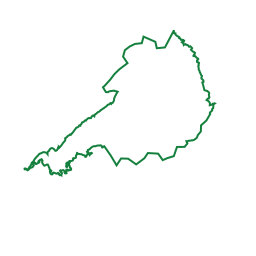 Xanx, Hövsgöl, Mongolia (orthographic projection), rotated 44°
{"feature_id": "93677404B14141451758610", "entity_name": "Xanx", "entity_type": "district", "adm_level": 2, "iso_a3": "MNG", "parent_name": "Mongolia", "parent_adm1": "Hövsgöl", "projection": "orthographic", "projection_center": [100.416, 51.084], "detail": "fine", "context": "isolated", "style": "outline", "palette": "green", "viewbox_px": 256, "rotation_deg": 44, "n_neighbors": 0, "source": "geoboundaries", "source_scale": "gbopen_adm2", "svg_char_len": 5766}
<svg xmlns="http://www.w3.org/2000/svg" viewBox="0 0 256 256"><g transform="rotate(44 128 128)"><path d="M105.1,214.6L105.6,214.1L105.7,213.6L105.7,213.2L105.4,212.4L105.2,212.4L105.3,212.0L105.9,211.5L108.2,210.6L108.7,210.1L108.6,209.8L108.9,208.8L109.6,208.7L110.1,208.8L110.5,209.2L111.5,209.4L111.8,209.3L112.3,208.4L112.9,208.3L112.7,208.1L112.3,208.2L112.2,206.7L111.8,206.3L112.2,206.0L111.6,206.2L111.7,206.4L111.4,206.5L110.5,206.4L108.8,205.9L108.8,205.3L110.0,204.6L110.3,203.7L110.6,203.3L111.3,203.1L112.3,203.2L113.2,204.1L114.2,204.3L114.8,204.0L115.1,203.2L114.2,203.0L113.8,202.0L112.7,200.9L113.7,199.8L113.9,199.8L113.4,200.4L113.5,200.6L114.2,200.5L114.7,200.1L115.3,198.6L115.9,198.2L116.0,197.5L115.5,196.9L114.9,196.6L114.5,196.9L113.7,196.8L112.6,195.9L111.8,195.9L110.6,194.8L110.3,194.0L110.0,194.5L109.8,195.4L109.9,196.4L110.7,197.2L111.0,198.6L112.2,198.5L110.8,198.8L110.3,198.7L109.8,198.1L109.0,196.8L108.3,196.5L108.2,196.2L108.3,194.9L109.1,193.8L109.1,193.2L108.8,192.4L109.7,191.7L110.4,190.7L110.8,190.0L110.7,189.1L110.3,188.7L109.9,188.5L110.0,188.1L109.7,187.6L110.5,187.1L111.1,185.5L110.8,185.0L109.9,184.4L109.7,183.8L109.4,182.4L108.7,181.4L108.9,181.3L110.0,181.7L110.5,180.7L111.5,180.2L112.9,179.1L114.0,178.9L115.4,178.2L116.0,177.7L116.5,177.8L117.1,178.4L117.7,178.1L117.5,176.6L116.9,174.9L118.2,173.9L119.2,174.1L118.9,173.3L119.4,172.3L119.5,171.2L119.0,171.2L118.2,172.7L117.6,173.1L116.8,173.4L116.0,173.0L115.9,173.6L115.3,173.7L115.0,173.6L115.0,172.6L114.4,171.5L115.2,170.2L115.0,169.6L115.2,169.0L115.1,167.9L115.6,165.7L116.4,164.4L117.1,164.0L117.7,162.7L118.8,161.1L119.9,160.2L120.2,159.6L121.0,159.2L122.6,159.8L123.1,159.9L123.3,159.5L123.1,158.5L123.6,157.6L135.1,159.9L145.7,162.8L144.2,154.7L149.4,150.0L159.2,148.5L160.8,138.4L159.7,132.2L167.5,125.5L175.3,127.0L177.2,122.4L180.5,116.4L176.4,107.6L181.8,102.3L181.5,97.9L179.2,96.9L180.3,95.7L180.7,94.7L181.2,94.4L182.3,92.7L182.7,92.5L183.8,90.6L184.3,87.4L183.9,86.2L183.2,84.8L182.8,79.9L178.7,75.3L179.2,68.2L177.4,60.8L176.9,60.7L176.5,60.5L176.2,59.7L176.4,57.1L176.3,56.8L175.4,56.0L175.4,54.9L175.5,54.6L173.2,51.8L173.2,50.9L173.4,50.0L173.1,50.1L172.8,50.9L172.1,51.6L172.1,52.7L171.9,53.3L171.0,54.8L169.7,53.3L168.9,52.9L167.1,52.8L165.1,53.3L165.0,51.4L165.6,50.7L165.2,50.0L165.2,49.4L163.2,48.1L162.5,46.8L162.0,46.4L161.4,46.2L159.4,46.3L156.7,47.7L153.0,45.4L149.8,43.6L150.3,42.4L149.2,41.4L146.5,41.4L145.8,40.8L145.3,39.5L145.1,39.2L143.7,39.1L141.6,38.1L141.2,38.2L139.7,37.2L138.4,36.9L136.5,35.2L136.0,35.1L135.3,34.1L135.3,33.7L134.6,33.3L134.1,32.1L134.0,31.9L133.4,31.8L133.1,32.1L132.5,32.1L132.2,32.5L131.8,32.5L131.2,32.0L130.7,31.4L130.8,30.8L130.6,30.5L130.8,30.5L130.7,29.6L130.4,29.4L128.3,29.8L126.9,29.6L126.2,29.7L125.7,30.5L125.0,30.7L124.5,29.6L124.6,28.8L124.4,28.0L123.9,27.4L122.7,27.5L122.0,27.9L119.3,28.0L118.8,27.9L118.9,27.0L118.7,26.0L116.1,25.9L115.8,26.8L115.3,27.2L114.4,26.9L113.4,26.9L112.4,27.4L112.1,27.8L111.1,27.7L110.4,29.1L110.4,29.5L108.9,28.6L107.2,28.9L107.4,26.7L107.9,26.6L107.7,26.2L106.5,26.3L104.9,27.8L103.5,27.3L102.7,27.8L102.2,27.8L101.9,27.1L101.4,27.1L100.5,27.3L99.9,27.7L98.8,27.6L97.6,27.9L96.8,27.5L96.4,27.0L95.1,27.9L94.3,27.4L94.2,26.8L93.6,26.6L93.4,26.0L93.2,25.8L98.6,44.4L93.3,50.6L87.8,47.0L75.7,51.5L79.0,57.4L74.6,62.7L72.6,68.2L71.7,74.2L74.9,80.1L82.6,81.7L81.0,91.9L80.8,98.7L81.6,105.4L81.9,113.7L81.7,116.1L87.1,117.5L88.5,116.4L88.8,115.9L89.0,114.9L89.2,114.4L91.9,110.9L93.2,110.4L94.1,109.6L94.4,109.6L95.4,109.1L95.5,109.9L96.7,114.3L97.4,116.1L99.0,118.4L99.5,120.4L99.1,121.3L99.2,122.2L98.4,122.0L98.1,122.2L98.0,122.5L98.1,123.4L98.0,124.1L97.3,125.4L97.4,127.3L96.8,130.2L96.9,130.8L96.5,131.6L96.2,133.6L95.9,134.3L96.1,134.9L95.9,136.3L95.5,136.9L95.4,137.8L95.2,138.5L95.3,139.7L94.9,140.7L94.9,141.6L95.7,143.0L94.2,143.2L94.0,143.5L93.9,145.0L94.4,146.2L94.5,146.6L94.2,146.9L93.6,147.4L93.4,147.8L92.6,148.4L92.4,150.9L92.6,151.9L91.9,152.2L91.9,152.9L91.8,153.7L91.9,154.4L91.6,154.8L91.5,155.3L91.1,155.9L91.7,157.3L91.6,158.5L92.1,159.4L91.4,159.7L91.1,160.0L91.5,161.3L91.2,162.7L90.8,163.3L90.6,164.2L90.8,164.8L90.9,166.3L91.1,167.0L91.4,169.5L91.5,170.7L91.5,171.2L91.3,171.3L91.4,172.0L91.6,172.7L90.8,173.0L90.8,173.9L90.2,175.7L90.2,176.5L90.4,177.1L90.2,177.5L90.2,178.3L89.9,178.9L90.2,179.4L91.0,179.9L91.5,180.8L91.6,181.8L91.5,182.5L91.7,183.2L91.6,184.2L91.9,185.1L92.3,188.0L92.2,188.9L92.2,189.8L91.9,189.6L92.1,189.6L92.0,189.3L91.5,189.2L91.1,189.8L91.3,190.7L91.9,191.8L92.3,193.2L92.0,194.4L91.6,194.9L89.8,194.6L88.1,194.8L87.5,195.1L86.8,195.8L86.5,197.5L86.7,198.5L87.1,199.0L87.1,199.3L86.8,200.6L87.2,201.6L88.3,202.7L86.7,202.5L85.8,202.8L84.2,203.8L83.5,204.9L83.2,206.3L82.5,207.2L82.5,208.0L82.1,208.9L82.4,210.1L82.3,211.5L82.4,213.8L82.4,214.7L82.7,216.2L84.0,218.6L83.8,218.7L83.7,218.3L83.4,218.1L83.0,218.2L83.0,220.1L84.0,221.8L83.9,222.5L84.3,223.7L84.1,224.5L84.4,225.1L84.8,226.8L84.6,227.6L83.6,228.0L82.4,228.3L82.0,228.7L81.8,229.0L82.1,229.5L81.8,230.2L82.2,229.6L82.1,228.9L82.2,228.6L83.7,228.6L83.9,228.4L85.2,228.1L85.5,226.5L85.4,225.2L85.1,224.3L85.3,224.1L86.0,223.7L86.3,223.2L86.5,221.6L86.2,220.3L86.0,220.2L84.5,220.2L84.6,219.7L84.3,219.0L84.7,218.5L84.8,217.8L85.0,217.6L85.5,217.5L86.3,218.0L86.8,217.9L87.2,217.4L87.6,215.5L88.0,214.8L88.0,214.3L87.5,213.9L86.9,214.4L86.6,213.7L87.2,212.8L86.8,212.3L86.9,211.8L87.2,211.3L87.8,211.1L87.7,210.5L88.0,210.5L88.2,211.0L89.3,211.0L89.8,212.1L90.1,212.4L91.7,213.0L93.9,213.3L94.2,213.0L94.8,211.2L95.3,210.3L95.8,210.0L96.4,210.3L97.5,210.6L98.4,211.2L99.3,211.4L100.4,212.2L102.5,212.0L102.7,212.4L102.0,212.6L101.8,213.2L101.9,213.4L102.8,214.1L103.7,214.6L105.1,214.6Z" fill="none" stroke="#15803d" stroke-width="2"/></g></svg>